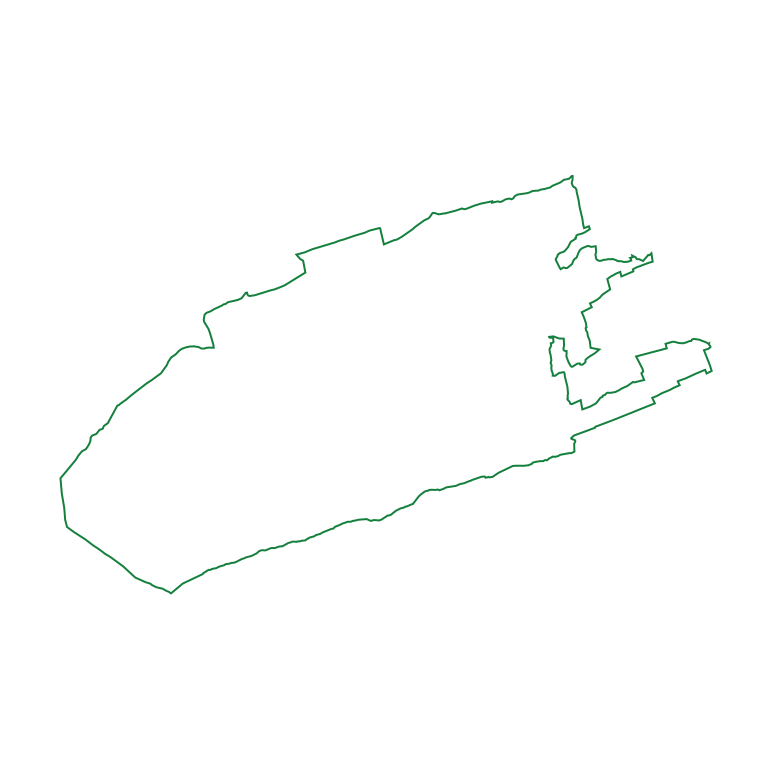 Bogdana, Vaslui, Romania, rotated 267°
{"feature_id": "2599482B6283542308753", "entity_name": "Bogdana", "entity_type": "district", "adm_level": 2, "iso_a3": "ROU", "parent_name": "Romania", "parent_adm1": "Vaslui", "projection": "robinson", "projection_center": [27.624, 46.537], "detail": "fine", "context": "isolated", "style": "outline", "palette": "green", "viewbox_px": 768, "rotation_deg": 267, "n_neighbors": 0, "source": "geoboundaries", "source_scale": "gbopen_adm2", "svg_char_len": 6133}
<svg xmlns="http://www.w3.org/2000/svg" viewBox="0 0 768 768"><g transform="rotate(267 384 384)"><path d="M559.1,490.5L557.4,483.6L554.4,474.6L554.4,473.0L555.2,471.1L553.4,464.8L551.1,453.7L551.2,452.0L550.8,450.4L550.6,447.2L551.9,444.2L552.3,441.8L551.6,440.9L547.9,438.1L546.9,436.7L545.4,432.9L539.2,423.2L537.2,420.9L530.1,409.5L527.6,404.6L526.9,401.0L523.4,391.2L539.7,388.3L540.0,387.8L537.9,377.4L536.1,372.8L533.5,362.0L530.3,350.9L529.4,346.6L528.0,342.6L522.4,319.7L519.6,311.7L517.8,303.3L513.3,306.8L511.3,309.7L499.4,311.3L487.7,289.9L486.0,285.1L484.2,279.7L483.5,275.8L479.4,259.7L478.9,254.3L479.5,253.1L480.5,252.3L482.4,252.0L482.3,250.7L477.2,246.4L475.6,242.5L473.9,232.6L472.2,229.9L471.8,227.6L470.9,226.5L467.7,218.4L465.6,214.5L464.4,210.5L462.7,208.5L457.9,207.4L455.8,207.5L448.2,211.6L443.6,213.0L431.9,215.7L429.1,215.8L429.5,211.4L429.4,208.6L428.8,206.7L429.0,203.4L430.5,201.0L431.5,196.7L431.6,192.3L430.9,187.9L429.7,183.9L427.8,181.0L424.5,177.5L421.6,172.8L417.3,169.6L414.3,168.2L406.4,161.9L399.9,152.0L397.1,147.1L386.1,131.2L381.9,125.7L378.1,119.7L376.8,118.1L376.4,116.6L359.3,106.1L357.0,102.4L355.9,101.5L354.3,101.0L353.7,100.0L353.1,97.5L349.2,94.1L347.8,89.9L346.0,88.4L341.9,87.6L338.9,86.1L334.6,83.0L332.8,79.1L331.2,77.5L328.4,75.0L324.3,72.2L306.8,56.0L291.7,56.5L276.9,58.2L265.0,58.5L257.8,60.0L252.7,66.2L244.2,77.9L237.8,85.4L234.6,89.9L228.9,96.7L225.6,101.6L219.3,109.4L215.5,114.0L203.8,125.4L198.6,135.4L196.8,140.3L195.4,141.7L193.0,145.9L191.1,152.4L189.1,155.3L187.7,158.3L186.1,160.1L186.2,160.5L195.3,172.7L203.4,192.4L204.0,193.5L204.6,193.7L207.5,199.0L207.5,201.0L208.3,202.5L208.9,206.8L210.3,210.0L211.4,215.0L212.3,216.2L212.7,220.3L213.4,222.6L213.3,224.5L214.0,226.9L216.7,232.9L217.3,235.5L218.1,237.2L219.2,242.6L221.6,248.1L223.4,250.2L224.2,252.2L224.4,253.7L224.0,256.7L226.1,262.8L225.9,266.4L227.2,271.1L227.3,274.2L230.3,280.2L230.8,282.8L231.4,284.1L231.0,288.5L231.4,290.1L231.2,291.3L231.7,293.1L232.0,297.4L233.5,299.4L233.5,300.0L234.5,301.6L235.6,306.5L236.6,307.9L237.7,312.6L239.0,315.0L242.0,323.8L242.3,325.9L244.0,327.7L245.4,332.0L246.8,335.2L248.3,340.6L248.2,343.8L249.0,345.7L248.9,346.6L249.8,351.5L250.0,359.7L248.2,363.2L248.0,364.1L248.7,366.7L248.0,372.1L248.7,374.3L252.5,380.9L252.5,382.5L252.9,383.8L256.7,389.1L259.0,394.3L259.5,397.3L260.4,398.8L260.5,400.2L262.6,405.9L262.6,406.5L269.7,412.6L271.4,414.5L274.4,418.9L274.9,420.4L275.1,422.3L275.8,423.4L275.9,425.8L275.5,429.9L275.8,432.1L275.0,433.7L276.1,437.7L277.5,440.8L278.5,450.4L280.1,454.7L280.7,458.7L282.6,464.2L282.8,465.5L283.4,466.5L286.3,476.6L286.3,479.7L285.1,480.6L285.5,481.8L285.3,482.6L285.7,483.5L285.3,484.4L285.5,487.4L289.3,493.7L295.4,508.3L295.5,511.5L295.0,519.4L295.3,524.0L296.6,527.6L297.6,528.2L298.3,531.1L298.8,536.3L298.6,538.9L299.6,540.7L299.3,542.9L300.8,544.7L302.7,548.9L302.3,550.9L302.8,553.8L304.1,556.5L305.3,565.7L305.1,567.3L306.5,570.6L314.3,570.8L316.9,572.1L318.1,571.5L319.3,568.4L320.1,568.1L322.6,571.0L329.0,591.6L329.3,592.4L330.2,592.7L335.1,608.2L350.5,653.5L356.1,651.1L357.8,656.0L360.2,660.9L363.1,669.1L365.1,673.3L367.3,679.2L371.2,677.5L371.5,677.8L373.8,685.5L378.1,696.2L381.1,704.7L381.3,705.5L377.6,706.7L379.9,711.9L385.7,710.4L401.0,705.3L402.2,709.7L403.4,711.7L404.0,712.0L404.7,711.8L406.3,710.6L407.5,710.8L407.2,710.3L408.8,707.8L411.8,700.9L412.8,695.8L412.2,693.8L410.9,693.1L410.8,691.1L409.8,688.4L409.0,684.9L409.4,681.1L411.0,675.8L411.0,674.0L409.4,667.3L404.8,668.2L398.3,637.2L385.7,642.9L382.9,643.5L381.3,641.6L374.4,644.0L372.5,634.0L373.0,632.8L369.3,626.9L366.8,620.6L365.6,618.7L363.9,614.6L363.3,609.7L363.6,606.8L363.0,605.5L361.8,604.5L360.8,601.8L359.6,601.4L359.3,600.1L358.6,599.1L353.6,594.8L350.7,588.8L348.2,580.7L357.6,579.6L354.1,570.5L354.4,569.1L356.5,568.4L358.9,566.4L359.9,566.4L360.4,566.9L362.9,566.7L364.6,567.3L371.8,567.0L382.0,565.0L385.1,564.9L386.4,564.2L385.9,559.6L383.2,555.2L383.5,552.9L385.0,553.2L389.2,552.0L392.0,552.0L393.7,552.4L396.3,551.5L399.0,552.4L404.9,551.8L406.4,551.3L410.1,551.1L413.6,553.0L415.9,552.7L416.4,554.7L417.1,555.5L420.5,555.3L421.6,554.8L421.4,552.4L421.8,551.6L422.4,551.4L422.7,555.6L420.3,561.2L419.9,565.9L412.9,565.8L409.8,565.0L408.6,565.2L407.7,566.1L407.3,568.1L401.8,567.6L395.9,569.5L392.3,571.3L391.5,572.1L391.4,573.1L394.1,577.9L394.3,579.0L394.3,580.6L393.3,580.8L392.8,582.0L393.2,583.8L395.3,586.3L397.5,586.5L398.3,587.3L400.4,590.2L403.7,596.2L407.2,600.8L409.3,592.2L416.6,591.7L421.2,590.1L425.1,589.7L426.4,588.8L428.5,588.3L429.5,588.4L430.0,589.2L434.4,588.8L440.3,587.1L445.3,585.2L449.8,595.5L453.7,593.9L455.5,598.2L457.3,601.6L459.0,604.1L461.7,606.7L466.7,614.8L477.1,612.5L479.2,615.6L482.2,621.8L483.6,625.8L479.0,626.7L483.4,638.9L485.5,638.6L487.2,642.2L491.0,654.1L492.1,658.7L500.6,657.9L498.7,655.8L499.0,654.6L493.3,649.2L495.3,645.3L495.5,643.0L497.3,642.0L499.3,638.6L497.6,638.9L497.0,636.3L496.1,637.0L494.4,637.4L493.2,633.4L493.4,632.0L493.2,630.0L494.1,627.8L494.5,623.7L495.5,622.4L496.9,618.8L496.7,616.9L496.9,614.3L496.5,611.9L496.6,610.3L495.8,607.6L495.7,605.5L496.4,603.8L497.6,602.6L498.3,602.4L502.3,601.9L504.7,602.8L510.5,602.6L510.1,597.9L510.9,596.2L511.2,594.5L509.2,588.9L507.5,586.7L505.4,585.3L500.7,583.2L499.7,582.4L499.2,581.2L497.3,579.6L493.9,578.0L490.4,573.2L490.1,571.9L491.0,569.4L489.4,566.5L490.7,565.6L499.1,562.0L500.1,562.2L502.0,563.6L504.0,564.3L505.7,566.7L506.5,570.0L507.5,571.6L511.1,575.0L516.2,577.9L519.1,583.1L520.1,582.8L520.6,583.6L522.2,583.9L522.9,585.1L523.9,589.8L525.2,593.0L527.9,597.7L530.8,596.9L529.2,592.0L533.0,591.2L538.3,590.8L550.6,588.6L557.5,587.9L566.1,586.4L567.9,586.4L570.1,585.2L570.8,583.7L571.7,583.0L574.4,582.0L575.9,582.2L577.7,582.9L581.8,583.3L581.9,583.0L581.9,582.5L579.2,579.4L578.5,574.3L576.1,570.8L573.1,562.6L571.6,560.3L570.3,554.3L569.9,550.5L569.1,548.6L569.0,542.6L567.5,538.8L567.0,536.3L566.2,527.3L564.7,524.3L562.7,522.9L561.8,521.1L562.6,518.9L562.4,517.0L562.0,514.9L560.1,511.3L559.7,509.4L560.4,507.2L559.4,501.4L560.8,501.6L559.1,490.5Z" fill="none" stroke="#15803d" stroke-width="2"/></g></svg>